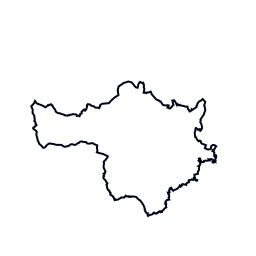 outline of Trim Lea-6, Meath, Ireland, rotated 42°
{"feature_id": "5873133B65979893592853", "entity_name": "Trim Lea-6", "entity_type": "district", "adm_level": 2, "iso_a3": "IRL", "parent_name": "Ireland", "parent_adm1": "Meath", "projection": "albers", "projection_center": [-6.857, 53.512], "detail": "fine", "context": "isolated", "style": "outline", "palette": "ink", "viewbox_px": 256, "rotation_deg": 42, "n_neighbors": 0, "source": "geoboundaries", "source_scale": "gbopen_adm2", "svg_char_len": 5864}
<svg xmlns="http://www.w3.org/2000/svg" viewBox="0 0 256 256"><g transform="rotate(42 128 128)"><path d="M215.2,94.3L215.0,93.7L214.5,93.7L213.8,92.8L213.7,92.5L212.3,91.1L213.1,90.8L212.5,89.9L211.4,89.4L210.8,90.0L211.9,90.8L211.6,91.4L211.4,91.4L210.5,90.8L210.1,90.1L209.2,89.4L208.5,88.4L208.1,88.6L207.0,88.2L206.1,88.6L205.9,88.3L205.5,87.6L206.6,86.8L205.9,84.1L205.8,82.6L203.4,82.9L202.3,84.1L202.0,85.3L202.0,85.9L203.1,87.4L203.3,88.4L203.0,89.1L202.1,90.2L201.1,90.9L198.5,91.5L197.5,88.6L192.9,90.3L191.5,89.8L191.2,89.2L189.7,89.4L189.3,90.6L187.9,90.6L183.9,89.2L183.8,89.5L180.9,87.1L180.4,86.5L180.0,85.1L178.8,83.7L178.4,82.7L178.8,82.4L179.7,82.5L180.5,82.2L181.4,82.5L181.5,82.2L181.4,81.8L182.1,80.8L183.6,81.7L183.8,80.9L183.1,78.4L180.2,76.1L178.0,75.4L177.3,74.6L177.1,73.7L176.2,73.2L175.2,66.6L174.6,66.0L174.1,64.3L173.5,63.1L170.7,60.8L169.6,60.4L168.0,56.9L164.1,56.5L164.0,58.2L163.6,59.7L163.0,61.0L163.4,63.8L164.0,64.5L164.0,65.7L164.9,66.6L163.7,71.5L163.3,71.3L162.8,71.4L163.4,72.1L163.1,74.0L163.6,74.0L162.6,74.5L161.2,73.7L160.3,73.9L157.7,72.3L157.1,73.2L156.4,73.7L154.8,74.3L151.2,76.5L151.0,76.3L150.5,77.3L149.0,77.0L148.9,78.3L147.5,77.5L143.8,76.5L142.6,78.0L143.6,78.3L144.1,79.1L146.4,80.5L146.2,81.9L146.4,84.2L146.0,85.6L145.6,85.9L144.8,85.6L144.0,85.8L143.7,86.2L143.5,85.7L143.5,84.4L143.1,84.0L142.0,84.7L141.2,85.9L138.5,87.5L134.7,86.5L134.2,86.6L133.7,87.1L132.9,86.8L129.9,87.9L123.4,87.1L120.5,85.8L119.8,87.3L118.4,88.9L118.3,89.9L117.2,90.0L116.7,90.4L116.6,91.0L116.0,91.3L114.1,88.1L112.3,87.1L111.8,86.1L110.5,85.2L110.5,84.9L109.0,84.4L109.0,85.1L106.2,85.6L106.0,87.0L106.3,87.4L106.3,88.2L108.2,91.7L106.4,92.6L100.2,91.6L97.1,93.3L94.6,97.6L94.1,100.1L93.2,103.3L94.9,106.6L98.9,110.0L97.6,114.4L97.1,119.9L97.2,122.3L92.5,127.4L92.0,129.9L92.7,130.5L93.1,131.5L93.2,132.6L92.2,132.7L90.7,134.4L89.2,134.8L87.9,134.8L86.4,135.8L83.6,136.1L82.8,137.0L82.2,137.2L82.3,138.6L83.0,139.2L84.5,142.0L84.5,143.8L83.0,143.6L82.7,146.4L82.7,147.1L83.8,148.1L83.1,149.7L83.9,150.7L84.1,151.7L82.4,152.4L81.9,153.2L81.4,152.6L80.3,152.7L77.9,154.5L77.4,155.0L76.9,156.2L76.0,157.0L75.8,157.5L75.8,157.9L75.5,157.9L75.0,159.1L74.2,159.4L73.3,160.5L72.2,161.0L71.9,160.8L71.0,161.1L69.0,162.3L67.8,162.5L66.3,163.6L64.2,164.2L62.8,163.9L61.8,163.2L57.4,162.4L56.9,161.8L55.1,161.9L55.2,162.1L54.9,162.4L54.5,163.2L53.7,163.6L53.6,164.8L53.2,164.8L53.0,167.1L52.7,167.9L49.9,168.4L43.6,170.8L40.8,170.2L41.6,172.4L41.6,176.6L44.9,178.1L47.0,180.7L49.6,181.4L50.6,181.9L51.5,183.0L52.0,183.2L53.5,184.7L53.5,185.2L53.7,185.5L55.2,185.5L56.8,187.0L57.6,186.8L58.2,187.5L57.9,188.3L58.0,188.6L57.4,191.2L58.0,191.9L61.5,191.6L63.0,192.1L64.1,194.0L65.1,194.9L68.3,196.8L69.1,197.7L70.5,198.0L72.5,199.2L75.6,199.1L77.9,199.5L78.7,199.1L79.4,197.2L79.1,195.4L79.5,193.2L79.9,192.1L83.6,189.6L86.0,188.5L89.8,185.1L92.6,184.7L93.7,184.2L96.0,180.8L96.2,179.0L96.6,178.2L97.3,177.4L99.3,176.5L100.1,175.8L100.6,174.4L100.7,173.1L101.5,171.8L101.6,170.1L102.0,169.5L103.2,168.6L104.3,168.3L106.2,166.5L107.9,166.8L109.2,166.0L109.9,165.3L111.1,163.6L112.0,162.9L114.0,162.5L116.8,161.5L118.3,163.7L120.6,165.4L121.1,166.9L122.3,166.5L126.8,164.0L131.8,162.5L132.3,163.1L132.5,164.4L132.4,165.2L132.8,166.6L132.6,167.4L132.5,169.3L133.9,170.3L134.9,172.0L136.4,173.7L140.3,175.4L140.8,176.4L140.6,177.2L140.9,177.5L140.7,178.0L141.3,177.9L141.6,178.4L141.7,179.8L142.5,180.0L142.5,180.5L142.3,180.4L142.8,181.4L143.8,181.8L146.5,182.0L148.2,182.7L149.2,182.7L149.9,183.1L150.0,183.9L149.8,184.1L150.0,184.6L150.8,185.0L152.6,186.4L152.7,186.6L153.3,186.7L154.6,187.4L156.0,187.0L156.4,187.6L157.3,187.7L157.7,188.1L158.2,187.8L158.7,188.0L159.4,189.3L160.1,189.4L161.3,188.9L162.2,188.9L162.9,189.2L163.6,189.0L165.0,189.8L165.5,189.6L165.8,190.3L166.4,190.5L168.7,187.4L168.8,186.3L169.3,185.5L169.5,184.0L171.7,182.3L171.6,179.8L172.8,179.7L174.7,177.9L174.9,178.4L176.0,177.6L176.7,176.4L177.6,175.4L180.2,173.8L183.7,174.1L185.7,173.6L187.3,174.2L188.3,174.2L190.2,174.7L193.1,175.9L194.8,177.0L194.8,177.4L196.2,177.9L196.5,178.4L198.8,178.8L199.7,178.6L199.8,178.3L201.2,179.9L201.7,180.0L202.1,179.1L202.4,177.7L203.2,177.0L203.6,176.3L203.9,175.2L203.8,174.4L204.2,174.4L204.3,174.1L204.1,173.4L205.6,173.2L205.9,172.7L206.4,172.6L206.5,171.8L207.0,171.1L206.6,170.5L207.4,169.5L207.2,169.3L207.2,168.7L208.5,168.0L208.9,168.4L209.4,167.7L208.6,167.0L209.0,166.2L209.2,164.5L208.9,163.5L209.5,161.6L209.2,161.6L207.3,159.0L206.3,159.4L206.3,158.5L205.9,158.0L205.3,158.0L205.1,157.7L205.2,155.3L206.6,153.6L204.9,152.8L204.9,152.1L204.6,151.4L203.5,150.5L202.9,150.5L202.4,149.6L201.4,149.7L200.8,149.3L201.7,148.5L201.9,147.8L200.5,147.1L200.2,146.7L200.1,146.3L200.2,145.9L199.9,145.5L200.4,144.9L199.6,144.4L200.1,143.4L202.3,144.3L203.4,144.4L203.3,144.1L204.7,141.6L205.4,139.5L205.3,137.4L205.0,136.2L206.3,136.5L206.6,135.8L206.2,134.9L206.5,134.8L206.5,134.3L206.2,134.0L206.0,133.2L209.3,131.3L208.6,130.6L208.6,129.5L209.6,127.3L208.1,126.4L208.2,125.9L209.3,124.7L209.7,123.6L210.9,123.2L211.3,122.8L211.1,122.3L212.1,121.5L212.7,121.5L212.3,120.9L211.1,121.2L211.2,120.8L211.6,120.8L211.2,120.3L210.5,120.6L210.5,121.1L210.2,121.0L210.3,120.2L210.5,120.0L208.6,118.3L209.0,118.0L210.0,115.8L210.6,115.4L209.3,114.0L209.2,113.1L208.8,112.5L208.8,111.5L208.1,111.0L206.6,108.9L205.8,109.2L206.2,107.4L205.4,105.7L205.1,105.4L204.5,105.6L203.7,105.2L202.3,105.1L202.3,104.2L202.2,103.8L201.2,103.4L201.6,102.5L205.6,104.1L207.1,102.4L206.5,101.6L207.4,100.4L208.7,99.4L209.8,98.0L208.9,97.4L210.4,96.9L209.9,96.3L210.5,95.7L210.6,95.4L212.4,94.8L213.5,96.8L214.4,96.8L214.5,96.1L215.0,95.8L214.9,95.3L215.1,95.0L214.8,94.9L215.2,94.8L215.0,94.7L215.2,94.3ZM213.1,120.0L213.6,120.9L214.4,121.1L214.6,120.7L214.4,120.4L213.7,120.8L213.1,120.0Z" fill="none" stroke="#020617" stroke-width="2"/></g></svg>